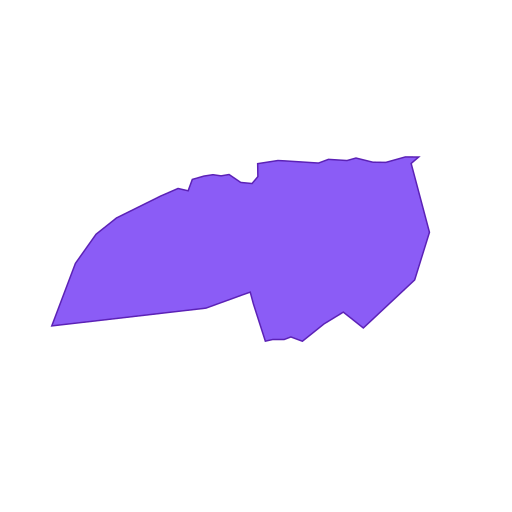 Coronel João Pessoa, Rio Grande do Norte, Brazil (Albers equal-area conic projection), rotated 215°
{"feature_id": "56859067B20102167049206", "entity_name": "Coronel João Pessoa", "entity_type": "district", "adm_level": 2, "iso_a3": "BRA", "parent_name": "Brazil", "parent_adm1": "Rio Grande do Norte", "projection": "albers", "projection_center": [-38.419, -6.251], "detail": "fine", "context": "isolated", "style": "filled", "palette": "violet", "viewbox_px": 512, "rotation_deg": 215, "n_neighbors": 0, "source": "geoboundaries", "source_scale": "gbopen_adm2", "svg_char_len": 674}
<svg xmlns="http://www.w3.org/2000/svg" viewBox="0 0 512 512"><g transform="rotate(215 256 256)"><path d="M399.7,146.4L383.2,81.6L267.1,184.6L245.1,216.0L240.0,223.1L230.7,215.3L199.5,191.6L194.4,197.2L185.0,203.8L181.0,209.7L169.1,212.8L161.3,239.5L152.3,260.1L126.8,258.6L112.3,327.4L127.5,374.9L182.0,420.8L179.5,430.4L190.5,422.8L203.3,407.2L214.0,399.9L230.3,393.6L236.2,386.4L252.1,376.7L258.1,368.0L287.2,350.3L292.8,346.8L307.6,332.6L300.0,322.1L300.8,313.1L310.7,307.5L324.8,307.3L330.6,301.6L337.9,297.9L344.5,291.6L352.1,282.2L349.0,270.5L358.6,266.6L368.4,250.6L392.1,207.2L399.5,182.1L399.7,146.4Z" fill="#8b5cf6" stroke="#5b21b6" stroke-width="1.5"/></g></svg>